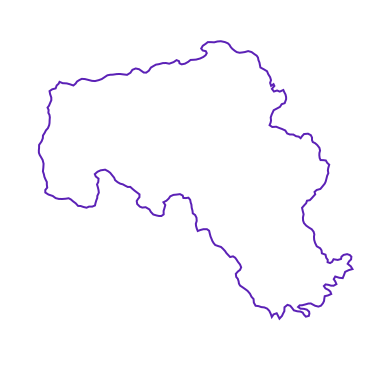 Gouveia, Minas Gerais, Brazil (Natural Earth projection), rotated 259°
{"feature_id": "56859067B21802883811308", "entity_name": "Gouveia", "entity_type": "district", "adm_level": 2, "iso_a3": "BRA", "parent_name": "Brazil", "parent_adm1": "Minas Gerais", "projection": "natural_earth1", "projection_center": [-43.859, -18.506], "detail": "fine", "context": "isolated", "style": "outline", "palette": "violet", "viewbox_px": 384, "rotation_deg": 259, "n_neighbors": 0, "source": "geoboundaries", "source_scale": "gbopen_adm2", "svg_char_len": 5157}
<svg xmlns="http://www.w3.org/2000/svg" viewBox="0 0 384 384"><g transform="rotate(259 192 192)"><path d="M286.7,290.9L289.8,290.6L293.2,289.3L296.2,288.7L298.5,286.2L301.2,282.9L304.1,282.9L306.3,282.9L308.7,282.4L311.4,282.4L313.5,281.5L315.4,279.6L318.0,277.2L319.6,274.0L319.3,270.6L319.4,268.0L319.6,265.3L320.8,262.6L322.6,260.8L325.0,258.8L327.1,257.6L329.2,256.9L331.1,255.6L332.9,252.9L334.5,249.1L334.9,245.7L334.7,242.3L335.6,238.8L336.1,236.1L334.8,233.6L333.5,230.5L331.1,228.4L328.9,229.5L327.6,232.4L325.5,233.0L323.7,231.5L322.4,228.9L321.5,225.4L321.2,221.3L321.5,218.7L321.9,215.8L320.5,213.1L319.3,209.5L319.3,206.2L320.7,204.3L322.9,204.2L324.4,202.0L323.0,198.7L322.3,194.1L323.6,191.0L324.1,188.0L323.8,184.1L323.9,180.9L323.1,178.5L322.0,175.4L319.3,172.8L317.9,169.8L318.5,167.4L320.4,165.6L322.6,163.5L324.0,160.3L323.3,156.8L320.8,154.3L319.4,150.6L320.5,147.2L321.5,144.1L322.1,140.9L322.3,136.6L322.7,134.1L322.7,131.2L321.4,128.1L320.1,125.0L319.6,121.8L319.4,118.0L320.2,115.0L321.2,112.9L322.2,110.8L323.3,108.4L324.1,105.4L323.4,102.8L322.4,100.2L320.6,98.4L319.2,95.9L321.1,92.6L322.5,89.8L323.5,85.8L325.4,83.0L323.7,81.7L322.4,79.5L319.7,77.9L319.5,74.4L318.2,71.4L315.1,71.4L311.6,71.9L308.9,71.4L306.6,69.8L303.9,68.0L302.4,66.3L299.9,66.9L297.1,66.1L294.9,66.8L292.4,66.7L289.5,65.9L286.9,65.3L284.8,64.5L282.1,62.7L280.4,60.4L278.1,58.6L275.9,56.5L273.2,55.8L270.4,54.0L267.4,50.9L264.5,50.3L262.1,49.6L259.7,49.2L257.4,49.6L254.9,50.5L251.9,51.5L248.1,51.7L244.2,50.7L240.7,49.6L237.6,50.0L235.1,50.0L232.3,50.6L229.5,51.4L226.9,50.9L223.9,50.7L222.0,48.4L219.5,47.9L216.9,50.6L214.7,54.5L212.0,57.0L210.6,60.0L209.9,63.3L209.5,66.7L209.4,69.7L207.8,71.7L205.6,73.4L203.1,75.7L200.1,77.5L199.5,80.0L198.0,82.6L196.7,85.5L197.3,88.1L196.7,91.3L197.3,94.2L199.6,95.2L202.3,96.6L204.1,97.8L206.2,98.3L209.1,100.4L211.8,100.6L214.6,100.5L217.5,100.2L219.7,101.9L223.0,102.8L225.6,100.5L228.1,100.0L229.9,103.1L230.7,106.4L230.5,111.0L228.3,113.7L226.4,115.4L223.7,116.8L220.9,118.3L218.3,118.8L215.9,120.8L213.9,123.1L212.7,125.6L210.9,127.7L209.2,129.9L208.8,132.4L206.5,134.1L204.4,135.8L202.5,137.5L199.7,140.0L196.9,139.4L195.4,137.6L193.7,136.0L190.7,135.9L187.6,138.0L186.2,140.2L185.9,143.6L183.0,146.9L180.3,147.8L177.3,149.7L175.7,152.8L174.8,154.9L174.3,157.4L175.4,159.9L178.8,160.5L181.3,161.8L184.3,163.3L187.4,162.0L188.3,165.2L190.0,167.9L191.9,169.8L192.7,173.2L192.4,176.4L192.2,179.8L190.3,182.2L187.8,182.4L187.2,184.8L187.1,187.4L184.7,188.7L181.9,188.7L179.7,189.0L176.6,188.7L173.5,188.9L170.9,188.7L168.8,190.7L165.9,191.5L162.7,191.1L160.1,189.7L157.8,189.5L155.3,189.7L152.6,190.2L153.1,192.9L153.3,196.0L152.6,199.6L150.7,201.4L148.0,201.5L144.8,201.7L142.4,202.2L140.2,202.6L137.9,203.4L135.5,204.7L133.7,207.8L132.5,210.0L130.3,211.6L127.7,213.2L125.5,214.1L123.1,215.6L120.9,217.0L121.0,220.0L119.3,221.8L117.2,222.8L114.6,223.8L111.7,225.3L108.7,225.9L106.4,224.3L105.2,221.9L103.3,219.4L100.2,219.2L98.0,220.4L95.4,220.7L93.2,220.6L91.0,221.3L88.5,223.8L86.2,226.0L84.3,227.7L81.1,229.5L77.8,230.4L75.2,232.0L71.6,231.6L68.2,232.7L67.3,235.5L65.8,238.1L64.9,241.0L63.2,243.5L60.6,245.2L57.5,246.0L54.1,246.5L56.3,248.7L56.8,252.0L54.2,252.8L51.0,253.7L53.2,256.7L55.3,258.2L57.4,259.9L61.2,260.8L63.0,264.2L61.6,266.7L59.3,268.0L56.4,269.4L54.8,272.6L53.9,275.7L52.5,277.7L50.4,278.4L47.9,280.0L48.1,283.0L50.1,284.0L52.2,284.1L54.6,282.3L55.9,279.6L56.8,276.2L58.9,274.2L60.2,276.1L59.8,278.4L60.0,281.8L60.3,285.0L59.9,287.4L58.4,289.2L56.8,291.2L55.4,294.2L55.8,296.9L57.8,299.3L59.8,300.8L62.0,301.5L64.4,302.4L64.5,305.7L65.3,309.2L67.8,308.8L69.8,307.3L71.9,304.6L74.5,303.5L75.8,305.5L74.8,308.3L73.5,310.7L73.0,313.1L74.0,316.2L76.8,315.6L79.4,314.5L81.7,316.5L79.7,320.2L78.7,323.5L81.4,325.3L84.4,327.1L85.4,331.0L85.7,334.8L88.7,333.7L91.8,331.1L93.9,332.9L95.5,335.3L98.1,336.1L100.0,334.9L101.4,332.4L101.3,328.8L100.0,326.4L97.8,325.5L97.5,322.1L99.0,318.1L96.7,316.2L95.9,314.0L97.2,311.7L99.5,312.3L101.8,311.2L105.0,311.1L107.0,307.8L110.0,308.0L112.3,307.1L114.9,304.1L118.7,303.1L121.8,302.8L124.8,303.2L127.1,304.0L129.8,303.8L132.6,302.4L134.5,300.3L137.2,297.7L140.1,296.0L142.7,295.6L145.7,296.0L148.8,297.3L152.2,297.1L155.5,297.0L157.6,299.7L159.2,301.9L161.5,303.2L161.5,306.1L162.8,308.0L164.4,310.1L166.2,312.5L168.7,312.3L170.2,314.8L170.5,318.6L172.7,321.3L174.9,323.9L176.7,325.2L179.6,326.6L182.2,327.8L184.4,329.4L187.3,329.5L189.5,330.3L192.6,331.9L194.8,330.3L197.4,329.4L198.3,326.7L198.8,324.3L201.0,323.8L203.8,324.0L206.0,324.5L208.2,325.6L211.0,325.5L214.2,323.9L216.4,322.2L218.0,320.1L220.0,319.7L222.5,320.2L225.1,319.5L227.1,317.0L227.5,313.0L225.8,310.7L224.1,308.9L226.0,307.3L226.9,304.8L229.1,302.4L229.8,299.0L231.3,296.6L234.6,295.3L236.8,292.2L238.1,290.0L240.0,287.1L240.5,283.2L242.8,280.9L245.1,282.4L247.0,283.2L250.2,283.5L252.8,285.0L254.6,286.3L256.7,287.8L257.6,290.8L258.8,294.6L261.1,296.8L261.5,299.9L265.1,302.1L267.3,302.5L269.9,302.4L272.1,301.7L274.7,301.1L273.8,297.3L275.4,294.9L275.0,291.6L278.0,290.1L280.4,293.1L282.3,292.6L281.1,289.9L284.2,289.5L286.7,290.9Z" fill="none" stroke="#5b21b6" stroke-width="2"/></g></svg>